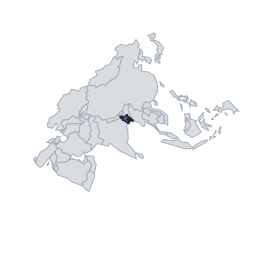 location of Bangladesh within Asia, rotated 315°
{"feature_id": "BGD", "entity_name": "Bangladesh", "entity_type": "country or territory", "adm_level": 0, "iso_a3": "BGD", "parent_name": "Asia", "parent_adm1": "", "projection": "equal_earth", "projection_center": [90.497, 23.681], "detail": "fine", "context": "in_parent", "style": "filled", "palette": "slate", "viewbox_px": 256, "rotation_deg": 315, "n_neighbors": 45, "source": "natural_earth", "source_scale": "50m", "svg_char_len": 15453}
<svg xmlns="http://www.w3.org/2000/svg" viewBox="0 0 256 256"><g transform="rotate(315 128 128)"><path d="M129.3,69.8L127.0,71.1L126.1,73.8L123.3,73.2L122.1,76.5L118.5,77.6L119.6,80.9L118.6,82.5L109.9,80.7L108.7,82.2L105.4,81.8L101.2,85.7L98.5,84.8L98.0,81.3L96.4,79.9L92.2,80.3L87.7,76.4L83.8,77.5L82.6,84.5L80.2,82.5L77.7,83.6L78.1,81.6L75.6,78.2L79.8,77.0L80.4,74.0L74.6,74.9L71.8,71.2L74.3,67.6L75.5,68.6L79.3,65.4L85.7,67.3L93.5,67.0L94.0,66.2L92.0,65.0L94.7,63.2L94.0,62.1L94.7,61.5L105.3,59.2L107.6,59.6L107.8,61.3L110.9,61.4L110.7,62.4L115.5,60.7L119.2,66.9L123.9,66.5L129.3,69.8Z" fill="#d9dde1" stroke="#a8b0b8" stroke-width="1"/><path d="M82.6,84.5L83.8,77.5L87.7,76.4L92.2,80.3L96.4,79.9L98.0,81.3L98.5,84.8L100.7,85.8L105.0,82.7L104.0,84.1L107.8,85.4L105.8,86.8L104.0,86.6L104.3,85.2L102.3,85.6L100.8,88.0L99.6,87.9L100.3,90.7L99.3,92.7L87.0,81.7L84.3,84.5L82.6,84.5Z" fill="#d9dde1" stroke="#a8b0b8" stroke-width="1"/><path d="M218.5,179.5L218.1,194.3L216.7,192.4L212.5,192.7L214.3,190.2L213.2,185.9L206.2,181.7L205.0,183.0L203.4,180.0L206.3,178.7L203.8,178.7L200.9,175.8L206.8,175.4L207.5,179.9L209.2,181.3L212.6,177.5L218.5,179.5ZM191.3,193.8L190.3,196.6L188.6,196.8L189.6,194.6L191.3,193.8ZM206.9,189.2L206.8,187.6L207.5,186.0L207.8,187.7L206.9,189.2ZM179.6,164.3L178.7,166.3L181.6,171.6L179.6,171.9L176.7,182.7L166.8,180.3L164.7,172.7L165.9,169.1L167.3,171.9L172.8,170.9L174.2,170.4L176.2,163.9L179.6,164.3ZM196.5,181.3L200.8,180.7L201.4,182.4L196.5,181.3ZM194.7,182.2L193.6,181.8L193.3,180.8L195.0,180.7L194.7,182.2ZM196.6,168.7L197.9,171.1L196.9,175.7L195.7,171.4L196.6,168.7ZM184.7,170.7L192.1,170.4L189.4,173.1L183.6,173.1L183.3,174.8L184.8,176.8L188.9,175.0L185.8,178.0L188.5,185.7L186.9,185.6L187.7,183.8L185.7,184.0L184.9,179.6L183.7,180.3L183.9,186.2L182.8,186.5L181.2,180.0L183.0,173.3L184.7,170.7ZM184.2,196.2L181.2,195.2L182.8,194.8L184.2,196.2ZM182.8,193.6L186.4,192.8L187.9,192.0L187.6,193.2L182.8,193.6ZM179.5,192.0L181.5,193.3L177.5,194.1L179.5,192.0ZM159.7,187.0L170.7,189.4L175.8,192.6L173.9,193.4L158.6,189.2L159.7,187.0ZM155.4,175.3L159.9,180.6L159.3,186.9L157.5,186.9L153.9,183.2L141.7,161.2L145.4,161.8L150.7,168.9L153.8,170.5L156.1,173.4L155.4,175.3Z" fill="#d9dde1" stroke="#a8b0b8" stroke-width="1"/><path d="M191.4,194.9L192.9,192.7L195.3,192.6L191.4,194.9Z" fill="#d9dde1" stroke="#a8b0b8" stroke-width="1"/><path d="M49.0,100.6L47.1,103.5L46.1,108.4L45.7,104.8L47.8,101.0L49.0,100.6Z" fill="#d9dde1" stroke="#a8b0b8" stroke-width="1"/><path d="M50.6,98.7L47.9,100.9L50.6,97.9L50.6,98.7Z" fill="#d9dde1" stroke="#a8b0b8" stroke-width="1"/><path d="M48.2,102.4L46.8,104.5L47.7,102.1L48.2,102.4Z" fill="#d9dde1" stroke="#a8b0b8" stroke-width="1"/><path d="M48.2,102.4L53.7,100.3L53.8,102.9L50.1,104.2L51.3,106.3L47.8,109.0L46.1,108.4L48.2,102.4Z" fill="#d9dde1" stroke="#a8b0b8" stroke-width="1"/><path d="M71.0,119.6L74.9,119.9L78.8,116.4L76.2,123.4L71.4,122.3L71.0,119.6Z" fill="#d9dde1" stroke="#a8b0b8" stroke-width="1"/><path d="M69.9,118.5L69.9,116.9L71.0,115.6L71.3,117.5L69.9,118.5Z" fill="#d9dde1" stroke="#a8b0b8" stroke-width="1"/><path d="M65.7,107.2L67.1,110.4L64.3,109.3L65.7,107.2Z" fill="#d9dde1" stroke="#a8b0b8" stroke-width="1"/><path d="M53.8,102.9L53.7,100.3L57.5,98.2L58.7,94.3L61.4,92.2L64.4,92.6L65.8,95.7L64.1,99.1L66.6,102.2L67.7,107.5L61.4,109.1L53.8,102.9Z" fill="#d9dde1" stroke="#a8b0b8" stroke-width="1"/><path d="M76.5,122.9L78.9,118.1L83.9,123.8L80.4,128.3L79.9,131.2L72.1,136.2L70.6,131.0L75.7,128.8L77.1,124.5L76.5,122.9ZM79.3,115.2L78.6,115.7L79.1,115.0L79.3,115.2Z" fill="#d9dde1" stroke="#a8b0b8" stroke-width="1"/><path d="M153.8,146.2L154.3,141.6L159.4,142.4L160.1,140.8L162.0,143.1L161.9,145.8L159.1,147.5L159.9,148.9L155.3,149.6L153.8,146.2Z" fill="#d9dde1" stroke="#a8b0b8" stroke-width="1"/><path d="M158.0,141.5L154.3,141.6L153.8,146.2L149.6,143.4L148.2,152.8L153.2,159.6L151.5,160.8L146.5,154.8L148.8,146.8L146.4,139.6L147.5,137.3L144.9,132.3L146.3,129.5L149.3,127.9L151.3,130.0L151.0,134.3L154.5,132.6L157.0,134.5L158.6,138.6L158.0,141.5Z" fill="#d9dde1" stroke="#a8b0b8" stroke-width="1"/><path d="M161.6,141.7L158.0,141.5L158.6,138.6L155.7,132.7L151.0,134.3L151.3,130.0L149.3,127.9L152.0,126.3L151.7,123.8L154.3,127.2L156.4,127.2L157.0,129.1L155.6,130.4L161.4,137.9L161.6,141.7Z" fill="#d9dde1" stroke="#a8b0b8" stroke-width="1"/><path d="M149.3,127.9L146.3,129.5L144.9,132.3L147.5,137.3L146.4,139.6L148.8,146.8L147.1,151.2L147.0,144.1L144.6,135.6L141.7,138.3L139.7,137.6L139.9,132.8L136.6,125.6L141.0,114.6L144.2,113.5L144.5,111.0L146.7,112.6L145.1,120.4L146.8,120.0L148.3,122.4L147.8,124.2L150.9,124.8L149.3,127.9Z" fill="#d9dde1" stroke="#a8b0b8" stroke-width="1"/><path d="M156.7,150.0L159.9,148.9L159.1,147.5L161.9,145.8L161.9,139.4L155.6,130.4L157.0,129.1L156.4,127.2L154.3,127.2L152.6,123.5L157.6,121.5L162.2,125.4L158.5,130.9L164.0,139.3L164.8,147.3L158.2,154.2L156.7,150.0Z" fill="#d9dde1" stroke="#a8b0b8" stroke-width="1"/><path d="M192.5,82.4L191.7,85.3L188.9,87.5L190.4,90.3L185.2,90.8L185.8,88.2L184.0,87.2L185.0,85.9L187.2,83.5L189.3,84.2L188.9,83.2L191.4,81.3L192.5,82.4Z" fill="#d9dde1" stroke="#a8b0b8" stroke-width="1"/><path d="M187.5,91.5L190.5,89.8L192.8,93.4L192.8,96.9L189.0,98.3L187.8,93.5L188.9,93.2L187.5,91.5Z" fill="#d9dde1" stroke="#a8b0b8" stroke-width="1"/><path d="M129.8,69.6L136.0,67.0L143.1,68.9L145.1,64.8L151.9,68.2L156.3,67.9L158.7,69.7L161.8,69.9L166.7,67.9L170.0,68.6L169.3,72.5L172.5,71.8L175.2,73.7L166.8,77.8L164.4,77.3L163.8,78.5L164.7,79.8L162.8,81.5L155.0,83.9L148.8,81.9L142.2,81.8L140.6,78.9L134.3,76.9L134.3,74.0L129.8,69.6Z" fill="#d9dde1" stroke="#a8b0b8" stroke-width="1"/><path d="M144.5,111.0L144.2,113.5L141.0,114.6L137.2,124.4L136.3,120.9L135.6,122.3L134.7,121.2L136.7,118.0L132.7,117.4L130.6,114.9L130.0,116.3L131.1,117.5L129.8,119.1L130.8,119.6L131.0,125.1L127.9,125.6L127.1,128.5L120.0,136.4L116.9,137.9L115.9,150.3L112.0,155.6L105.7,137.7L104.6,125.9L101.0,126.9L97.6,120.8L102.3,119.4L100.2,113.8L102.1,111.6L103.9,111.8L109.9,102.6L107.9,98.4L112.7,97.7L114.3,96.0L115.8,98.4L115.3,104.2L118.9,107.0L117.2,109.9L122.2,112.9L129.8,114.9L130.9,111.4L131.0,113.5L132.5,114.3L136.1,114.0L135.6,112.1L142.5,108.5L142.8,110.7L144.5,111.0Z" fill="#d9dde1" stroke="#a8b0b8" stroke-width="1"/><path d="M135.6,112.1L136.1,114.0L131.0,113.5L132.9,110.9L135.6,112.1Z" fill="#d9dde1" stroke="#a8b0b8" stroke-width="1"/><path d="M129.9,111.8L129.8,114.9L128.4,115.0L117.2,109.9L119.6,106.5L126.2,111.1L129.9,111.8Z" fill="#d9dde1" stroke="#a8b0b8" stroke-width="1"/><path d="M114.3,96.0L112.7,97.7L107.9,98.4L109.9,102.6L103.9,111.8L102.1,111.6L100.2,113.8L102.3,119.4L97.6,120.8L95.0,117.1L87.1,117.8L87.9,115.3L90.3,114.2L87.0,107.7L89.6,108.8L95.7,107.6L96.8,104.6L100.6,103.4L105.3,94.0L110.4,92.7L111.8,95.2L114.3,96.0Z" fill="#d9dde1" stroke="#a8b0b8" stroke-width="1"/><path d="M94.6,92.8L101.4,92.7L104.0,90.0L105.3,93.5L107.6,92.0L110.4,92.7L104.3,94.9L104.7,96.7L103.4,99.1L101.9,99.0L102.4,100.4L100.6,103.4L96.8,104.6L95.7,107.6L89.6,108.8L87.0,107.7L88.6,105.8L87.2,101.2L88.9,95.7L91.5,96.2L94.6,92.8Z" fill="#d9dde1" stroke="#a8b0b8" stroke-width="1"/><path d="M99.3,92.7L100.3,90.7L99.6,87.9L104.3,85.2L104.7,86.6L102.2,88.0L108.5,88.2L110.2,92.1L105.3,93.5L104.0,90.0L101.4,92.7L99.3,92.7Z" fill="#d9dde1" stroke="#a8b0b8" stroke-width="1"/><path d="M105.0,82.7L108.7,82.2L109.9,80.7L118.6,82.5L108.5,88.2L102.2,88.0L102.5,86.8L107.8,85.4L104.0,84.1L105.0,82.7Z" fill="#d9dde1" stroke="#a8b0b8" stroke-width="1"/><path d="M77.7,83.6L80.2,82.5L81.9,84.6L84.3,84.5L87.0,81.7L97.5,91.0L97.4,92.3L96.2,91.7L90.4,96.5L88.9,95.7L89.0,94.0L83.6,90.9L78.2,92.6L78.7,89.1L77.3,87.0L78.0,85.3L80.7,85.2L79.6,82.9L77.9,84.8L77.7,83.6Z" fill="#d9dde1" stroke="#a8b0b8" stroke-width="1"/><path d="M67.7,107.5L66.6,102.2L64.1,99.1L65.8,95.7L63.9,91.0L64.3,88.2L67.1,89.5L70.3,87.9L71.2,91.8L73.4,93.2L78.0,93.1L82.6,90.8L89.0,94.0L87.2,101.2L88.6,105.8L87.0,107.7L90.3,114.2L87.9,115.3L87.1,117.8L80.7,116.4L80.2,113.8L74.7,114.1L71.8,111.9L70.2,107.0L67.7,107.5Z" fill="#d9dde1" stroke="#a8b0b8" stroke-width="1"/><path d="M48.6,101.7L50.6,98.7L50.1,96.2L52.0,93.4L60.7,92.5L58.7,94.3L57.5,98.2L50.2,102.5L48.6,101.7Z" fill="#d9dde1" stroke="#a8b0b8" stroke-width="1"/><path d="M67.6,89.5L64.0,86.5L64.2,84.9L67.0,85.5L67.6,89.5Z" fill="#d9dde1" stroke="#a8b0b8" stroke-width="1"/><path d="M64.4,92.6L52.0,93.4L50.7,95.4L51.1,93.7L48.9,93.4L41.0,94.7L38.1,93.7L37.5,88.1L43.1,84.7L49.8,83.1L56.4,85.2L63.0,84.0L65.4,87.6L64.3,88.2L64.4,92.6ZM38.8,83.5L41.7,83.1L42.8,84.5L38.2,86.7L38.8,83.5Z" fill="#d9dde1" stroke="#a8b0b8" stroke-width="1"/><path d="M119.1,156.6L118.8,159.0L116.6,160.1L115.6,155.1L116.4,151.5L119.1,156.6Z" fill="#d9dde1" stroke="#a8b0b8" stroke-width="1"/><path d="M164.8,132.8L163.3,130.2L166.8,128.7L166.2,131.7L164.8,132.8ZM108.5,88.2L119.6,80.9L118.5,77.6L122.1,76.5L123.3,73.2L126.1,73.8L127.0,71.1L129.8,69.6L134.3,74.0L134.3,76.9L140.6,78.9L142.2,81.8L148.8,81.9L155.0,83.9L161.1,82.2L164.7,79.8L163.8,78.5L164.4,77.3L166.8,77.8L172.0,74.4L175.2,74.3L172.5,71.8L168.8,71.7L170.0,68.6L173.5,68.1L174.9,65.0L173.9,63.6L176.4,62.5L181.7,63.5L185.3,68.8L187.8,69.4L190.8,72.3L196.2,71.1L195.0,77.2L192.1,77.5L192.5,82.4L191.4,81.3L188.9,83.2L189.3,84.2L187.2,83.5L184.0,87.2L179.5,89.2L180.7,86.2L179.8,85.2L174.3,89.5L177.9,92.7L179.4,91.2L181.9,92.1L182.3,93.1L177.6,97.2L182.7,103.8L181.9,105.9L183.4,107.7L183.1,111.1L178.9,119.0L174.7,122.8L166.6,125.8L166.2,128.1L165.3,128.2L165.1,125.8L160.5,124.9L159.9,122.7L157.6,121.5L151.7,123.8L152.0,126.3L147.8,124.2L148.3,122.4L146.8,120.0L145.1,120.4L146.7,112.6L145.4,110.9L142.8,110.7L142.5,108.5L136.8,111.8L132.9,110.9L131.0,113.1L130.9,111.4L126.2,111.1L115.3,104.2L115.8,98.4L111.8,95.2L108.5,88.2Z" fill="#d9dde1" stroke="#a8b0b8" stroke-width="1"/><path d="M183.4,117.3L183.3,122.8L182.7,124.5L181.4,121.1L183.4,117.3Z" fill="#d9dde1" stroke="#a8b0b8" stroke-width="1"/><path d="M68.7,83.4L70.5,84.8L71.9,83.5L74.0,86.5L72.7,86.7L71.0,90.4L70.3,87.9L67.6,89.5L66.7,87.2L66.4,84.6L68.5,85.0L68.7,83.4ZM67.1,89.5L66.1,89.3L65.4,87.6L66.7,88.1L67.1,89.5Z" fill="#d9dde1" stroke="#a8b0b8" stroke-width="1"/><path d="M60.0,80.4L67.6,82.2L68.8,84.7L61.4,84.1L61.8,81.9L60.0,80.4Z" fill="#d9dde1" stroke="#a8b0b8" stroke-width="1"/><path d="M184.8,146.1L183.1,143.3L185.2,144.2L184.8,146.1ZM188.0,153.3L187.7,149.1L188.4,150.5L189.6,148.3L188.0,153.3ZM191.9,151.6L194.0,157.4L193.5,159.5L192.8,157.2L192.1,158.3L192.2,161.0L190.2,159.7L189.1,155.9L186.3,157.4L188.8,154.0L192.1,153.3L191.9,151.6ZM182.3,149.8L178.3,154.7L182.0,148.0L182.3,149.8ZM185.9,132.7L185.4,141.4L189.1,142.6L189.5,145.4L187.5,143.1L183.6,142.4L184.1,140.9L182.3,139.0L183.2,132.1L185.9,132.7ZM186.2,150.1L185.9,146.8L188.0,147.5L186.2,150.1ZM191.9,146.2L192.5,148.7L191.1,148.1L190.9,150.8L189.8,145.3L191.9,146.2Z" fill="#d9dde1" stroke="#a8b0b8" stroke-width="1"/><path d="M149.7,159.0L154.6,161.1L156.7,170.7L152.0,167.4L149.7,159.0ZM179.6,164.3L176.2,163.9L174.2,170.4L167.3,171.9L166.2,170.6L165.9,169.1L168.4,169.5L168.7,167.5L171.5,166.6L173.4,163.4L175.4,163.9L177.6,158.0L181.8,161.4L179.6,164.3Z" fill="#d9dde1" stroke="#a8b0b8" stroke-width="1"/><path d="M175.5,161.3L175.4,163.9L174.2,164.6L173.4,163.4L175.5,161.3Z" fill="#d9dde1" stroke="#a8b0b8" stroke-width="1"/><path d="M210.6,88.7L209.9,96.7L205.5,97.8L203.7,100.2L202.2,97.8L196.1,99.3L197.9,100.8L197.4,104.3L195.7,104.4L195.8,102.5L193.9,100.5L198.1,96.1L202.8,96.0L203.7,92.4L204.9,93.3L207.4,90.6L207.3,84.7L208.8,84.4L210.6,88.7ZM212.2,79.4L213.0,78.6L213.9,80.7L211.2,83.2L208.5,81.9L208.2,84.0L206.6,84.0L205.9,82.1L207.8,80.5L207.5,76.4L212.2,79.4ZM198.4,100.2L200.5,98.3L202.0,99.5L199.7,101.7L198.4,100.2Z" fill="#d9dde1" stroke="#a8b0b8" stroke-width="1"/><path d="M70.6,131.0L72.1,136.2L70.4,138.6L55.5,145.2L54.5,139.4L56.2,134.2L62.0,135.6L65.8,131.9L70.6,131.0Z" fill="#d9dde1" stroke="#a8b0b8" stroke-width="1"/><path d="M46.1,108.7L50.3,107.4L51.3,106.3L50.1,104.2L53.8,102.9L61.4,109.1L65.7,109.5L69.3,114.4L71.4,122.3L76.5,122.9L77.1,124.5L75.7,128.8L65.8,131.9L62.0,135.6L56.2,134.2L55.0,136.9L50.1,126.0L49.8,120.8L45.1,111.5L46.1,108.7Z" fill="#d9dde1" stroke="#a8b0b8" stroke-width="1"/><path d="M48.2,95.7L45.2,97.9L44.4,96.8L48.2,95.7Z" fill="#d9dde1" stroke="#a8b0b8" stroke-width="1"/><path d="M131.3,124.3L131.3,124.1L131.3,123.9L131.2,123.4L131.1,123.1L131.1,122.6L131.0,122.4L131.0,122.2L131.1,121.9L130.9,121.8L130.8,121.7L130.8,121.4L130.7,121.2L130.5,120.8L130.6,120.5L130.8,120.1L130.8,119.7L130.7,119.4L130.4,119.4L130.2,119.2L129.9,119.1L129.8,118.9L129.7,118.8L129.7,118.7L129.9,118.2L130.1,118.2L130.4,117.6L130.6,117.6L130.8,117.6L131.0,117.6L131.2,117.4L131.0,117.2L130.9,117.0L130.9,116.9L130.6,116.9L130.4,116.7L130.2,116.5L130.1,116.3L129.9,116.2L129.8,115.9L129.9,115.6L130.0,115.5L130.2,115.3L130.3,115.2L130.4,114.9L130.2,114.8L130.3,114.6L130.5,114.7L130.7,114.9L130.8,115.1L131.0,115.3L131.2,115.2L131.2,114.9L131.3,115.0L131.4,115.4L131.6,115.6L131.7,115.8L131.8,115.8L132.0,115.9L132.2,115.7L132.2,115.4L132.3,115.4L132.4,115.5L132.6,116.0L132.6,116.8L132.5,117.2L132.5,117.3L132.9,117.4L133.0,117.5L133.3,117.6L133.6,117.6L133.8,117.6L134.0,117.6L134.5,117.6L134.9,117.6L135.1,117.7L135.7,117.6L136.1,117.6L136.4,117.7L136.7,117.9L136.8,118.1L136.8,118.3L136.7,118.3L136.5,118.2L136.4,118.2L136.4,118.4L136.4,118.5L136.3,119.1L136.2,119.3L135.9,119.6L135.8,119.8L135.7,119.7L135.4,119.8L135.1,119.9L135.0,120.0L134.8,120.3L134.8,120.6L134.7,120.9L134.7,121.0L134.9,121.5L135.0,122.1L135.1,121.9L135.2,122.0L135.3,122.2L135.4,122.3L135.5,122.3L135.7,122.2L135.7,121.8L135.7,121.7L135.9,121.3L136.0,121.2L136.0,120.8L136.3,120.7L136.4,120.8L136.5,120.8L136.5,121.2L136.6,121.6L136.6,121.8L136.6,122.1L136.7,122.5L136.8,122.7L136.8,122.9L136.9,123.0L136.9,123.3L136.9,123.6L137.0,124.4L137.0,124.5L137.0,125.3L137.1,125.6L137.1,125.9L137.1,126.0L136.9,125.9L136.7,125.8L136.6,125.7L136.4,125.9L136.4,126.0L136.4,126.4L136.5,126.5L136.6,126.8L136.6,127.1L136.5,126.9L136.4,126.7L136.2,126.3L136.1,125.5L136.1,125.2L136.0,124.7L135.8,124.1L135.9,123.8L135.9,123.7L135.8,123.8L135.7,123.6L135.6,123.4L135.3,122.9L135.2,122.7L135.0,122.9L134.8,123.1L134.7,123.1L134.4,123.2L134.2,122.9L133.9,122.2L133.9,121.7L133.8,121.3L133.8,121.1L133.8,121.3L133.7,121.4L133.3,121.3L133.5,121.5L133.8,121.7L133.8,121.9L133.8,122.0L133.7,122.1L133.6,122.3L133.7,122.5L133.6,122.8L133.6,123.0L133.7,123.3L133.8,123.5L133.8,123.9L133.7,124.0L133.4,124.4L133.3,124.7L133.2,124.8L133.0,124.7L133.0,124.4L133.2,124.1L133.0,124.3L132.8,124.4L132.7,124.2L132.7,123.8L132.8,123.5L132.7,123.6L132.6,123.8L132.6,124.1L132.6,124.3L132.5,124.5L132.3,124.7L132.2,124.9L132.1,125.0L132.1,124.8L132.1,124.5L132.0,123.9L132.0,124.0L132.0,124.4L132.0,124.7L132.0,124.9L131.8,125.1L131.7,125.1L131.5,124.9L131.4,124.7L131.4,124.4L131.3,124.3ZM134.1,124.3L133.8,124.4L133.7,124.3L134.0,123.8L133.9,123.5L133.9,123.3L133.8,123.1L133.7,122.8L133.7,122.7L133.8,122.6L134.0,122.8L134.0,123.1L134.3,123.4L134.3,123.6L134.2,124.1L134.1,124.3ZM134.7,124.1L134.6,123.3L134.7,123.7L134.8,123.9L134.7,124.1ZM135.4,123.6L135.2,123.6L135.1,123.4L135.2,123.2L135.3,123.2L135.3,123.4L135.4,123.5L135.4,123.6ZM136.0,125.5L135.9,125.6L135.9,125.4L135.9,125.1L136.0,125.1L136.0,125.3L136.0,125.5ZM135.9,124.8L135.8,125.0L135.8,124.9L135.8,124.7L135.9,124.8ZM133.9,122.4L133.9,122.5L133.8,122.4L133.7,122.3L133.8,122.2L133.9,122.4Z" fill="#64748b" stroke="#1e293b" stroke-width="1.5"/></g></svg>